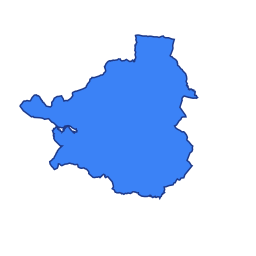 Ajumako-enyan-essiam, Central, Ghana, rotated 329°
{"feature_id": "2480657B3117094904377", "entity_name": "Ajumako-enyan-essiam", "entity_type": "district", "adm_level": 2, "iso_a3": "GHA", "parent_name": "Ghana", "parent_adm1": "Central", "projection": "mercator", "projection_center": [-1.0, 5.413], "detail": "fine", "context": "isolated", "style": "filled", "palette": "blue", "viewbox_px": 256, "rotation_deg": 329, "n_neighbors": 0, "source": "geoboundaries", "source_scale": "gbopen_adm2", "svg_char_len": 5684}
<svg xmlns="http://www.w3.org/2000/svg" viewBox="0 0 256 256"><g transform="rotate(329 128 128)"><path d="M119.0,204.7L120.6,203.7L121.4,203.7L122.9,202.4L123.5,202.6L124.0,202.0L124.3,202.3L125.0,202.1L125.6,202.3L126.2,202.2L126.1,201.0L126.8,200.3L127.6,199.9L128.6,197.2L130.6,198.0L133.6,198.5L137.3,199.9L139.1,198.8L139.7,198.8L140.2,199.2L142.4,197.8L144.0,197.1L144.7,198.5L145.5,199.2L146.6,198.9L147.2,198.3L147.7,198.3L150.2,199.4L152.7,197.3L163.5,193.4L163.0,192.6L162.9,188.9L161.9,186.2L168.2,181.3L170.7,181.0L172.2,179.8L173.0,178.0L174.2,176.8L173.6,175.3L173.0,171.0L172.3,169.0L172.5,168.2L174.1,166.6L174.5,163.9L174.2,161.0L173.8,159.9L172.4,159.2L171.9,158.4L171.6,157.3L169.8,154.5L169.0,152.5L169.0,150.2L171.1,150.4L175.7,148.1L177.6,147.9L179.3,146.7L179.8,146.6L180.9,146.9L183.4,148.3L183.8,146.7L183.1,137.0L187.9,132.8L188.6,132.3L189.2,130.8L190.1,130.1L191.9,129.5L192.7,129.6L195.9,133.1L197.2,134.1L197.3,134.4L199.2,136.0L201.3,137.1L201.8,137.7L203.3,137.7L203.0,136.2L203.3,135.4L202.8,134.7L202.2,134.4L202.4,134.1L202.3,133.7L203.3,132.8L203.4,132.2L204.2,131.8L204.3,130.9L203.2,129.7L203.6,129.3L203.0,129.1L203.1,128.6L202.6,128.3L202.7,128.0L202.3,127.2L201.5,127.2L201.3,126.6L201.1,126.6L200.3,126.8L199.9,126.0L200.3,125.8L200.4,124.9L200.2,124.1L200.9,123.3L200.6,123.1L200.7,122.7L200.4,122.7L200.5,122.3L200.3,122.0L200.5,121.7L200.3,121.4L201.7,120.5L201.6,119.2L201.8,117.9L203.2,116.8L203.8,115.9L204.7,113.9L205.3,111.1L204.4,107.0L204.5,105.8L203.8,104.5L203.5,101.3L202.8,99.9L203.9,97.9L203.8,97.3L204.3,96.6L204.3,95.2L204.0,93.8L202.6,90.9L202.4,89.4L201.8,89.1L201.4,88.3L201.4,87.8L201.6,87.4L202.5,87.0L206.7,83.7L207.7,82.6L208.5,80.8L209.5,79.5L213.3,75.9L211.4,74.3L209.3,71.6L206.5,69.8L205.7,68.6L205.6,67.3L203.8,66.7L201.3,66.4L199.9,64.9L197.4,63.4L195.0,61.2L193.2,60.1L192.2,59.9L191.3,58.7L188.2,56.9L185.1,53.9L183.8,53.1L182.1,52.5L181.9,52.7L181.4,55.1L180.1,56.5L180.0,57.6L179.8,58.1L179.7,59.2L178.5,59.7L177.5,60.8L177.2,60.9L176.7,60.6L176.6,60.8L176.1,61.6L176.0,62.3L175.3,63.3L175.1,63.3L174.8,64.1L173.9,64.8L173.7,66.9L171.8,68.8L171.1,71.4L170.0,72.5L169.1,72.7L168.4,73.9L167.8,74.4L167.1,74.0L167.4,73.1L167.2,72.2L166.3,72.2L165.8,72.6L164.5,72.3L164.2,71.9L163.5,71.7L161.9,68.4L159.6,68.4L158.8,67.9L157.8,67.6L157.2,67.2L156.6,66.0L156.9,64.9L156.3,64.6L155.5,63.9L154.0,64.1L150.8,62.8L150.2,62.1L149.1,62.1L148.1,61.5L147.5,61.6L146.9,60.9L145.5,60.7L144.3,60.9L142.1,61.7L140.4,63.0L139.6,63.1L139.6,63.9L139.1,64.2L139.0,65.5L138.3,67.6L137.3,68.2L135.8,68.4L134.4,69.3L133.2,69.3L131.9,68.6L130.2,68.6L125.0,67.4L123.1,66.1L122.3,66.7L120.6,66.6L119.1,68.3L115.7,69.5L115.1,70.1L114.3,70.3L113.4,71.3L111.9,71.5L109.0,71.2L102.4,69.8L101.9,69.4L99.1,69.1L98.7,69.2L98.2,69.6L97.3,71.9L94.7,73.0L92.3,73.4L91.1,73.3L90.4,73.6L88.9,72.4L87.0,71.9L87.5,69.3L87.4,67.8L87.6,66.2L85.0,65.3L83.5,64.5L80.1,64.5L78.1,66.0L75.9,66.7L74.4,69.3L73.5,69.8L72.3,70.0L69.2,67.2L69.1,65.0L68.8,64.0L68.9,62.6L68.2,61.9L68.3,60.5L68.5,60.4L68.1,59.0L68.3,58.9L68.3,58.3L68.1,58.1L68.3,56.0L68.1,55.1L67.6,54.0L66.7,53.6L66.7,52.6L65.6,52.0L64.6,51.6L61.5,52.5L58.4,54.4L57.1,53.9L55.6,52.4L53.9,52.1L52.8,51.3L51.1,51.7L49.9,52.4L47.4,53.1L46.7,53.8L47.2,59.4L51.0,68.7L52.6,69.3L52.9,70.5L58.0,74.0L59.4,75.2L60.4,76.4L60.9,77.5L64.4,78.9L64.8,79.2L65.7,83.7L66.6,84.8L67.1,85.9L68.1,89.9L68.5,90.6L68.6,91.5L70.3,92.5L71.0,93.4L72.6,94.3L73.1,94.5L74.9,93.9L77.9,95.1L78.9,96.0L79.9,97.5L80.2,98.9L82.1,102.0L83.1,102.1L82.7,103.3L82.9,104.1L82.2,104.7L82.1,104.8L81.8,104.2L81.3,104.6L80.7,104.4L79.8,104.6L80.1,103.5L79.9,103.3L78.8,103.7L78.8,103.2L79.2,102.6L78.7,102.3L78.1,100.9L78.2,100.1L77.9,99.7L78.0,99.1L77.7,97.6L78.1,96.2L77.8,96.2L77.0,95.6L75.4,95.3L74.0,95.9L73.4,95.2L73.1,95.3L72.8,96.1L72.1,95.6L71.7,95.7L71.6,96.1L71.9,97.1L71.5,97.4L70.7,97.3L69.4,97.6L69.8,97.0L69.0,96.7L68.4,96.0L68.8,94.8L67.8,94.1L67.8,93.5L68.1,93.2L67.6,93.2L67.2,92.6L67.4,92.2L68.2,91.4L68.0,91.2L67.6,91.4L67.3,90.7L67.4,90.3L67.1,89.9L66.9,90.2L65.8,90.5L65.1,90.6L64.3,90.3L64.1,90.8L63.7,90.6L63.3,91.2L62.7,91.4L62.0,91.2L61.4,93.9L61.7,94.9L60.9,94.9L60.6,95.6L60.1,96.1L60.5,96.9L60.3,97.2L59.8,97.3L59.8,97.9L59.1,98.6L58.9,101.0L60.8,108.5L62.3,109.5L58.3,110.3L56.0,111.2L55.4,111.5L55.1,112.0L53.9,112.4L52.0,113.8L49.9,114.9L48.7,115.9L48.2,115.9L47.4,115.7L45.9,116.4L43.6,116.5L42.7,118.7L42.8,121.6L43.3,123.2L43.4,125.2L43.6,125.7L46.7,126.0L48.2,124.9L49.9,122.9L50.8,123.6L51.3,125.4L51.9,126.2L55.3,126.5L57.4,127.5L59.4,127.9L60.1,128.3L61.4,129.8L62.2,130.3L62.8,131.3L63.8,132.2L65.7,133.0L65.9,134.0L65.2,135.6L65.8,136.9L67.1,138.4L69.7,139.5L70.3,141.0L71.2,141.8L71.6,143.4L71.8,145.0L71.5,146.1L70.9,146.9L72.6,152.3L73.9,153.3L75.7,153.9L76.3,154.4L78.0,154.8L78.1,155.4L78.7,155.7L78.6,156.1L79.0,156.1L79.3,155.7L79.8,155.6L80.4,155.8L80.9,155.4L83.2,155.1L83.5,155.4L83.6,156.3L84.0,156.8L83.1,157.6L83.1,158.4L83.4,159.1L84.5,158.9L85.6,159.2L86.8,166.0L85.8,169.6L85.1,171.1L83.2,171.9L84.3,174.0L84.0,176.5L84.7,177.0L84.9,177.6L86.2,178.6L87.2,178.8L87.7,179.5L88.4,179.9L88.6,181.1L89.4,181.2L90.3,182.7L92.0,182.6L93.3,183.7L94.0,183.6L94.6,183.8L96.4,185.4L97.1,185.3L97.9,185.5L98.7,185.1L99.1,185.1L100.4,185.8L100.9,186.5L101.4,186.7L102.0,187.7L102.7,188.5L103.5,188.8L102.9,190.3L104.6,193.4L106.8,195.2L109.4,196.7L111.1,197.0L111.5,197.7L111.8,197.3L112.2,197.4L112.4,197.1L112.9,197.7L112.6,198.5L112.9,198.9L112.9,199.4L113.3,199.6L113.5,200.4L114.9,200.3L115.2,200.4L115.4,200.8L115.6,200.7L115.7,201.0L116.1,200.8L116.3,202.0L117.2,202.2L118.0,202.1L119.0,202.9L119.2,203.3L119.0,204.7Z" fill="#3b82f6" stroke="#1e3a8a" stroke-width="1.5"/></g></svg>